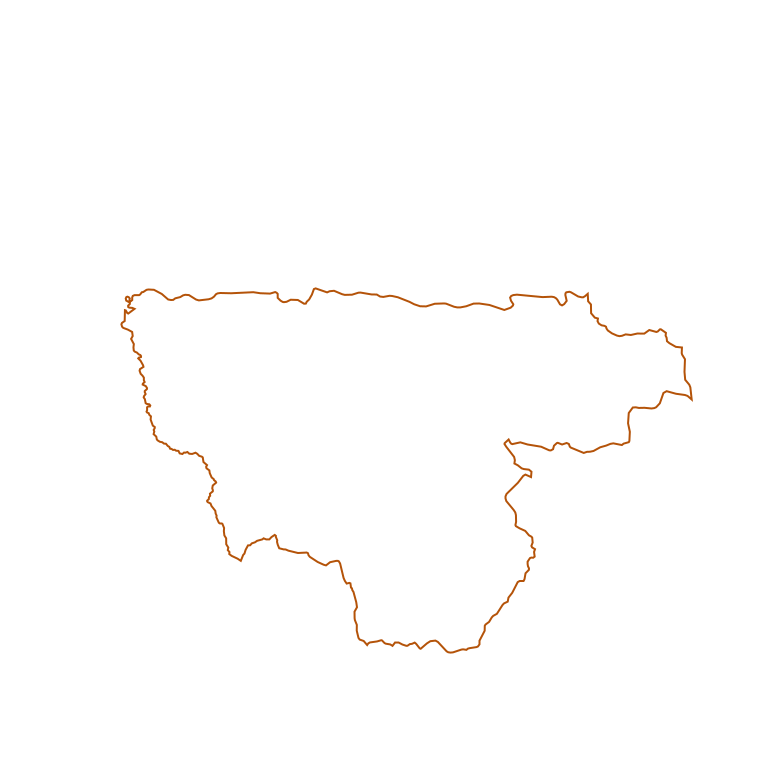 the district of Bat Xat, Lào Cai, Vietnam, rotated 313°
{"feature_id": "81297802B11536853186467", "entity_name": "Bat Xat", "entity_type": "district", "adm_level": 2, "iso_a3": "VNM", "parent_name": "Vietnam", "parent_adm1": "Lào Cai", "projection": "robinson", "projection_center": [103.676, 22.597], "detail": "fine", "context": "isolated", "style": "outline", "palette": "amber", "viewbox_px": 768, "rotation_deg": 313, "n_neighbors": 0, "source": "geoboundaries", "source_scale": "gbopen_adm2", "svg_char_len": 6166}
<svg xmlns="http://www.w3.org/2000/svg" viewBox="0 0 768 768"><g transform="rotate(313 384 384)"><path d="M588.9,471.5L585.1,471.1L583.2,470.5L582.2,469.4L580.4,466.3L578.6,458.2L577.9,456.7L575.4,454.8L574.1,454.9L572.8,455.9L569.4,460.9L565.3,461.3L562.9,460.6L562.3,458.4L563.9,453.2L564.0,451.1L563.5,449.1L562.2,447.1L555.7,440.7L540.0,420.3L537.2,417.9L535.1,417.0L533.2,417.3L531.5,420.1L530.5,424.2L529.3,424.8L526.2,424.6L520.2,421.5L513.7,407.2L507.8,398.7L503.9,394.7L496.9,391.1L492.1,387.6L489.9,385.2L488.3,382.6L485.1,374.6L483.9,373.0L477.3,366.4L469.5,361.9L465.5,357.4L462.9,351.7L461.5,346.7L456.9,335.0L453.9,329.9L452.3,327.9L447.2,324.1L445.3,321.5L444.5,317.7L441.0,313.8L434.8,304.4L433.3,303.0L427.5,299.7L422.4,294.5L421.1,292.1L418.1,283.9L414.8,281.0L412.2,279.9L407.3,268.8L405.6,268.0L400.2,270.3L394.8,271.6L391.4,271.4L389.5,272.0L388.2,270.8L386.7,263.7L382.0,258.3L377.7,256.7L375.6,255.0L374.9,253.9L374.4,251.4L374.5,247.5L377.4,244.8L377.5,243.2L377.0,241.7L372.4,239.0L366.0,231.6L362.0,225.8L346.1,210.3L338.9,202.2L336.8,200.5L335.1,199.9L331.9,200.1L329.0,199.5L326.3,197.9L318.9,191.6L317.6,189.0L316.0,180.7L313.7,177.8L311.8,176.6L308.6,175.7L304.3,172.9L301.8,172.5L300.2,171.0L298.6,168.5L298.3,160.1L296.0,151.5L292.4,147.2L290.9,146.1L287.1,145.2L285.9,144.3L283.2,144.6L282.0,144.3L278.8,140.9L277.1,140.2L275.6,140.8L273.7,142.6L272.0,142.4L271.4,142.0L271.3,141.0L273.2,139.7L273.4,138.0L272.8,136.7L271.8,136.3L270.4,136.8L269.2,138.6L270.2,142.7L269.0,143.6L266.9,143.4L265.9,144.3L266.1,145.6L268.0,148.0L268.8,150.3L261.1,148.9L260.8,147.9L261.7,145.0L261.3,144.2L253.2,151.4L250.0,150.7L248.6,151.2L247.3,153.3L247.2,155.0L249.1,159.6L250.3,164.3L247.7,167.5L244.5,168.3L242.6,173.8L239.9,175.8L237.8,178.2L237.7,179.7L238.5,181.9L238.4,184.3L239.0,186.1L238.7,187.3L237.9,187.9L236.0,186.7L235.1,186.8L235.0,190.0L233.4,195.0L232.5,196.4L228.5,195.4L227.0,196.2L225.5,199.1L225.4,201.7L224.9,204.0L222.9,205.9L222.2,207.6L219.8,207.4L219.0,207.9L220.0,211.3L219.4,213.5L218.5,214.1L215.8,213.8L214.9,214.5L214.1,216.5L211.3,216.8L210.3,217.4L209.8,219.5L207.4,222.8L207.7,224.2L209.1,226.2L208.9,227.7L207.9,228.1L206.7,226.8L205.4,226.6L203.3,228.6L201.8,229.2L201.6,230.2L202.2,231.8L201.4,233.4L201.4,235.6L198.8,237.6L195.9,243.3L196.2,245.7L195.4,246.4L193.3,246.9L192.6,248.4L190.2,249.7L190.2,253.3L188.5,255.7L188.4,257.0L188.9,259.5L190.2,261.6L190.3,263.6L191.6,265.3L191.2,268.1L191.6,269.8L190.8,271.8L191.6,272.8L191.9,274.7L193.2,275.8L193.4,277.4L194.9,279.3L193.9,281.9L195.3,284.3L197.5,284.5L198.3,285.6L200.2,286.6L200.2,289.1L202.0,291.4L205.2,293.0L205.6,295.1L205.4,297.8L206.6,300.3L206.7,301.5L203.8,305.2L204.0,309.9L202.1,310.4L201.3,311.7L201.7,315.2L200.0,317.3L198.1,321.7L198.3,324.3L197.8,325.2L197.9,327.5L197.4,328.5L193.0,328.0L190.6,329.5L189.6,331.3L188.7,332.0L185.1,331.5L183.7,333.1L181.8,333.2L180.3,334.4L178.1,334.2L177.5,334.8L177.4,335.7L178.3,338.6L177.1,341.1L176.2,347.1L174.4,349.3L173.6,351.3L172.2,352.3L169.9,357.8L170.1,359.1L171.4,360.5L171.5,361.2L169.6,365.3L167.2,367.2L164.4,370.5L163.5,373.8L159.2,377.9L158.2,381.7L156.0,383.0L155.7,385.6L154.1,386.8L154.4,389.8L156.4,396.1L157.0,399.9L162.9,397.6L164.8,397.6L168.3,395.9L173.2,394.6L174.8,396.1L177.3,396.0L180.2,397.6L182.7,398.1L187.4,401.0L189.0,401.2L190.0,403.8L192.1,406.1L195.3,406.1L199.1,407.0L199.2,408.5L198.4,409.2L196.9,412.5L195.6,413.4L194.0,415.9L192.4,419.4L194.6,423.4L195.9,424.9L196.9,427.7L201.7,436.3L208.0,442.4L208.4,443.8L207.3,445.6L207.0,447.6L208.6,456.9L210.7,463.2L211.8,465.3L216.9,466.1L222.1,469.7L223.2,470.9L223.5,471.9L222.8,474.3L214.6,486.7L213.3,489.7L212.6,492.8L214.9,494.3L215.3,495.4L212.6,498.7L212.7,499.9L211.6,501.5L211.1,503.5L205.5,512.5L202.3,516.5L197.4,517.7L192.7,522.2L191.5,523.7L189.3,528.4L185.0,532.3L180.9,538.5L180.5,540.5L182.2,544.4L181.6,549.7L183.5,549.4L185.3,549.9L191.0,554.5L194.7,556.7L195.1,557.4L194.9,561.1L195.3,562.4L197.8,566.2L198.3,568.8L202.5,568.4L204.9,571.0L206.0,575.1L207.7,578.8L208.6,579.7L211.4,580.3L213.1,581.7L215.8,582.8L215.9,584.7L215.0,590.4L215.4,591.4L223.6,592.3L227.5,593.3L231.4,596.6L232.1,599.3L231.2,612.1L231.6,613.9L232.9,615.8L234.8,617.5L242.5,621.7L243.9,622.8L245.8,625.6L247.6,625.8L249.1,626.7L254.7,631.1L256.1,631.7L258.7,631.4L261.4,628.9L272.2,625.9L275.9,622.6L277.3,622.3L281.7,623.1L286.8,622.0L288.9,622.0L292.9,623.3L303.2,621.4L305.4,621.4L309.2,622.9L312.7,620.7L318.7,620.2L330.3,616.9L332.5,617.6L335.1,620.4L335.7,620.3L337.2,619.8L342.1,616.6L346.9,616.7L348.1,615.7L348.9,613.6L350.3,611.8L352.0,610.2L356.2,609.5L357.5,610.1L358.7,611.6L360.5,611.9L363.5,608.3L366.2,607.1L365.5,603.7L366.1,602.2L369.4,600.9L372.7,597.2L372.9,596.0L372.2,593.2L372.9,587.5L370.9,581.5L370.0,577.4L370.5,576.3L373.3,574.6L378.1,569.9L379.6,567.6L380.3,564.8L381.8,553.3L383.2,550.9L384.7,549.5L387.2,548.6L403.0,549.3L411.8,548.5L414.2,549.2L416.2,555.0L420.4,551.7L420.2,548.4L417.1,544.2L416.2,542.2L415.8,537.3L414.8,533.6L417.6,531.6L419.4,528.9L421.5,516.1L422.3,513.0L423.1,512.6L428.4,513.0L427.3,516.1L427.1,517.6L427.5,518.8L434.3,523.5L437.7,530.3L445.3,541.7L448.2,550.1L449.2,551.3L451.6,552.1L454.8,550.4L458.7,550.7L459.5,551.2L461.2,555.5L465.4,557.8L466.2,560.1L464.9,562.6L464.9,564.0L469.8,577.1L472.8,578.7L474.9,580.8L477.9,582.9L485.2,585.3L490.5,588.5L494.6,590.4L497.0,592.2L501.6,599.6L503.8,599.9L508.4,602.7L509.7,602.3L516.7,596.4L521.7,589.3L529.7,582.8L536.5,582.0L538.7,584.1L540.3,586.7L544.3,590.8L548.5,596.3L550.7,598.1L552.6,598.9L558.0,598.9L568.0,594.5L571.5,595.6L576.0,604.2L581.2,611.6L582.3,614.1L582.5,619.6L590.5,610.3L591.7,607.7L592.5,601.4L597.8,595.5L607.4,587.2L608.8,582.0L609.6,580.7L613.9,577.0L610.2,572.1L608.5,564.9L608.3,561.8L610.6,559.1L611.4,557.0L613.7,555.3L612.8,549.1L612.1,548.5L609.1,548.4L607.8,547.7L604.4,541.2L598.4,540.0L593.6,534.8L588.2,531.1L585.1,526.9L581.6,525.2L579.6,523.6L578.3,521.4L576.5,516.2L575.8,511.2L576.3,508.9L577.3,507.3L576.9,505.6L575.3,503.1L574.7,499.9L575.6,497.3L577.8,495.8L576.3,492.9L577.0,487.2L583.3,481.1L583.7,476.9L588.9,471.5Z" fill="none" stroke="#b45309" stroke-width="2"/></g></svg>